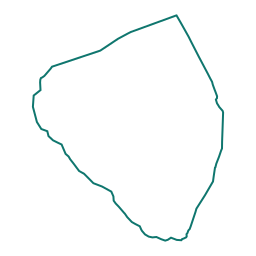 Wad Al Mahi, Blue Nile, Sudan
{"feature_id": "16777658B66589666845183", "entity_name": "Wad Al Mahi", "entity_type": "district", "adm_level": 2, "iso_a3": "SDN", "parent_name": "Sudan", "parent_adm1": "Blue Nile", "projection": "natural_earth1", "projection_center": [34.827, 11.596], "detail": "fine", "context": "isolated", "style": "outline", "palette": "teal", "viewbox_px": 256, "rotation_deg": 0, "n_neighbors": 0, "source": "geoboundaries", "source_scale": "gbopen_adm2", "svg_char_len": 1317}
<svg xmlns="http://www.w3.org/2000/svg" viewBox="0 0 256 256"><path d="M176.5,15.4L176.4,15.4L130.8,32.0L127.5,33.7L118.0,38.8L100.3,50.6L52.0,66.7L50.6,68.7L47.5,72.3L44.3,76.0L42.3,77.4L40.9,78.1L40.3,79.8L40.1,82.4L40.5,90.1L33.7,95.5L32.9,106.8L36.9,122.0L41.3,129.0L47.3,131.2L48.5,136.1L53.0,140.3L57.6,142.6L61.6,144.5L65.6,153.9L68.6,156.5L70.2,159.3L73.5,163.5L79.1,171.0L84.1,173.8L93.4,183.2L102.0,186.5L111.3,191.6L113.4,196.4L113.7,200.7L115.7,203.5L118.7,206.6L124.1,212.9L124.8,213.6L127.2,217.1L131.8,222.0L135.3,224.0L139.8,226.3L141.2,229.5L142.0,230.9L145.0,234.4L148.7,236.6L152.4,237.4L156.4,237.0L161.2,239.2L165.2,240.6L167.8,239.8L171.0,237.7L173.9,238.8L176.7,239.9L181.0,240.2L181.4,240.2L182.1,239.1L183.8,238.5L186.2,237.3L186.7,236.3L186.5,234.2L187.4,233.1L188.3,230.6L188.9,229.8L189.6,229.2L190.6,226.6L195.5,211.9L196.4,208.7L205.0,195.2L212.4,182.5L213.0,181.5L213.8,175.6L215.0,167.6L215.4,167.3L216.3,163.7L219.0,156.8L221.1,150.6L222.0,148.5L222.1,141.6L222.6,127.4L223.1,112.5L222.6,110.8L221.0,109.0L219.1,106.8L218.7,106.0L217.0,103.3L215.9,99.6L217.0,98.1L217.0,97.1L217.1,96.3L215.1,90.9L214.8,90.2L212.8,84.7L212.3,82.7L212.2,82.3L212.1,81.9L210.2,78.4L207.7,73.5L198.9,56.9L191.1,41.7L188.6,36.7L180.9,23.0L176.5,15.4Z" fill="none" stroke="#0f766e" stroke-width="2"/></svg>